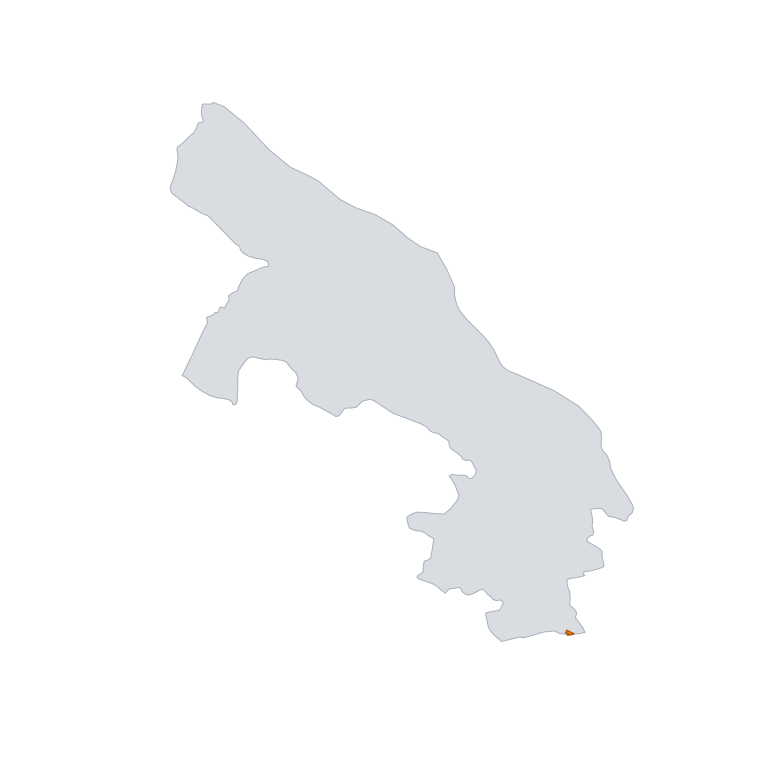 Pointe Noire on a map of Republic of the Congo (Equal Earth projection), rotated 295°
{"feature_id": "COG-5855", "entity_name": "Pointe Noire", "entity_type": "Region", "adm_level": 1, "iso_a3": "COG", "parent_name": "Republic of the Congo", "parent_adm1": "", "projection": "equal_earth", "projection_center": [11.852, -4.798], "detail": "fine", "context": "in_parent", "style": "filled", "palette": "amber", "viewbox_px": 768, "rotation_deg": 295, "n_neighbors": 0, "source": "natural_earth", "source_scale": "10m", "svg_char_len": 3998}
<svg xmlns="http://www.w3.org/2000/svg" viewBox="0 0 768 768"><g transform="rotate(295 384 384)"><path d="M200.3,599.4L203.2,589.2L205.4,584.5L208.0,581.2L218.6,573.2L220.2,573.5L227.5,583.9L229.9,584.7L232.5,584.4L235.5,584.9L237.1,582.8L237.3,580.2L235.1,577.2L234.8,574.0L236.3,570.5L237.2,566.6L239.5,562.0L239.7,559.9L237.3,557.6L232.4,554.0L229.0,550.5L227.7,547.2L228.6,543.0L231.3,539.6L231.2,537.7L228.8,534.6L227.0,531.3L225.2,529.3L220.3,528.1L221.2,523.6L223.1,517.1L223.5,512.1L222.1,499.0L222.2,496.6L223.6,495.4L226.6,496.8L229.5,498.8L237.7,496.0L240.5,495.5L242.9,498.1L246.1,500.0L264.8,494.6L265.2,489.0L266.3,483.9L266.4,480.2L265.6,477.7L264.7,475.9L264.2,472.1L264.2,468.1L265.9,466.1L271.9,461.3L273.8,461.5L278.0,464.1L281.9,468.2L285.4,476.9L287.8,484.4L291.6,493.5L299.8,497.2L309.5,499.5L314.8,498.9L322.4,491.2L326.6,485.1L328.0,481.9L330.5,483.6L333.3,491.5L335.1,494.6L335.6,497.5L334.3,501.2L335.5,503.5L340.8,505.2L345.4,503.6L347.4,500.4L350.9,496.2L350.9,492.6L349.1,490.3L349.1,487.1L351.0,484.6L352.8,477.8L353.4,472.9L355.2,469.7L358.7,467.5L359.9,465.5L361.9,453.7L360.9,449.4L360.9,445.9L363.0,441.4L363.5,434.0L361.3,404.8L364.7,381.4L364.4,378.4L362.0,374.8L359.0,371.5L351.3,368.8L348.4,364.5L346.2,359.9L344.5,358.4L336.1,356.6L334.2,354.0L335.0,346.5L335.7,335.5L335.4,327.9L336.9,321.7L338.6,317.1L342.4,312.2L344.3,306.5L345.4,305.0L352.4,304.1L355.0,301.7L357.0,299.3L357.9,296.0L360.3,290.6L362.4,286.9L362.7,284.4L362.2,280.9L360.1,274.1L357.5,268.4L356.0,266.4L352.9,253.1L350.0,249.9L344.3,248.2L333.8,246.7L327.4,249.1L317.7,253.6L305.5,258.5L302.6,258.0L301.4,255.9L303.2,254.2L304.2,250.2L303.0,244.4L301.1,239.0L300.0,231.6L300.5,222.3L302.3,213.6L306.2,202.2L306.4,197.6L329.9,197.9L355.2,197.7L364.8,198.1L369.5,195.1L373.9,199.6L376.1,200.6L376.8,200.2L378.5,203.3L384.0,203.0L384.9,203.7L385.4,207.5L390.5,207.4L393.0,208.2L395.0,208.1L398.0,205.9L400.1,206.7L404.0,209.5L406.8,212.0L410.6,211.2L419.6,211.6L426.5,213.9L433.4,220.4L438.0,224.2L442.1,229.7L443.7,228.7L445.9,226.5L445.8,221.8L443.5,213.7L442.6,206.9L443.1,201.2L444.9,197.2L447.9,194.8L448.2,190.4L462.1,153.3L461.7,149.0L462.0,142.7L462.7,135.5L462.5,131.3L463.5,128.4L467.1,111.6L469.0,108.8L472.1,106.9L476.6,106.8L488.2,105.4L499.1,102.7L502.7,101.4L509.6,97.0L512.2,96.8L514.5,98.5L527.7,103.6L531.3,105.6L532.6,105.3L534.6,105.8L537.7,105.8L540.7,105.2L542.6,105.8L545.0,109.2L546.7,108.8L548.8,106.4L552.7,103.8L560.4,101.1L561.6,102.3L564.3,108.5L567.1,110.6L567.7,122.1L561.3,147.2L547.7,180.9L540.9,207.4L540.9,226.8L540.2,239.0L538.0,246.5L532.6,266.6L531.8,283.9L533.7,305.0L531.9,325.0L526.3,344.0L523.9,358.9L525.3,376.8L515.0,391.8L502.0,406.6L493.6,410.9L487.1,415.9L482.4,421.6L477.5,431.5L469.8,452.9L465.7,462.2L460.5,470.2L452.6,479.9L449.8,484.5L448.6,491.2L449.1,503.5L449.8,540.8L446.3,569.5L438.6,589.5L432.8,600.6L427.0,603.9L419.4,606.9L415.8,610.7L413.6,616.2L409.3,621.1L403.1,625.2L395.2,635.3L385.6,651.5L379.1,660.7L375.6,663.1L372.0,663.3L368.3,661.4L365.1,661.1L363.5,662.0L361.1,659.8L361.1,656.1L360.7,649.9L358.9,643.6L363.0,634.6L362.7,632.6L360.7,629.3L358.5,624.7L356.5,625.0L352.1,628.5L347.5,631.3L343.3,632.5L338.1,636.9L335.2,636.9L333.6,635.2L330.1,633.5L328.2,634.1L327.1,634.9L326.2,645.7L325.5,650.4L324.3,652.5L319.0,654.9L315.4,658.0L312.3,660.2L310.3,659.7L302.7,651.5L298.6,644.8L296.2,644.6L295.5,646.8L294.3,645.8L290.5,641.3L286.1,634.3L284.5,633.2L282.1,633.3L278.2,635.9L274.4,640.0L267.5,643.7L261.8,645.8L261.3,648.3L259.9,652.7L258.0,655.4L253.0,656.3L251.1,660.2L246.7,667.8L243.8,671.2L243.1,669.7L241.3,667.9L237.7,662.0L234.2,654.8L233.2,651.5L232.2,649.6L232.0,642.3L226.7,633.6L213.2,618.1L211.8,613.5L200.3,599.4Z" fill="#d9dde1" stroke="#a8b0b8" stroke-width="1"/><path d="M237.4,661.4L234.6,657.5L234.1,656.7L234.1,656.3L234.3,655.9L234.6,656.0L235.3,657.0L235.5,656.8L235.7,656.0L235.6,654.6L235.2,653.9L238.0,653.9L237.9,661.4L237.4,661.4Z" fill="#f59e0b" stroke="#b45309" stroke-width="1.5"/></g></svg>